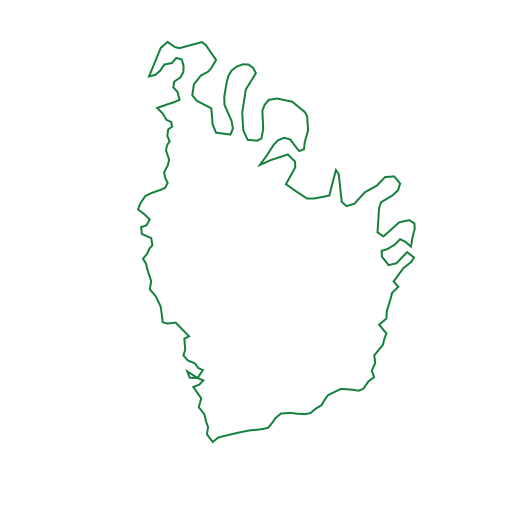 Vitória das Missões, Rio Grande do Sul, Brazil, rotated 16°
{"feature_id": "56859067B15655627874316", "entity_name": "Vitória das Missões", "entity_type": "district", "adm_level": 2, "iso_a3": "BRA", "parent_name": "Brazil", "parent_adm1": "Rio Grande do Sul", "projection": "robinson", "projection_center": [-54.476, -28.38], "detail": "fine", "context": "isolated", "style": "outline", "palette": "green", "viewbox_px": 512, "rotation_deg": 16, "n_neighbors": 0, "source": "geoboundaries", "source_scale": "gbopen_adm2", "svg_char_len": 2755}
<svg xmlns="http://www.w3.org/2000/svg" viewBox="0 0 512 512"><g transform="rotate(16 256 256)"><path d="M133.0,229.0L130.4,237.1L129.7,243.7L137.1,246.6L143.8,250.2L142.3,256.7L137.6,259.8L140.2,266.3L150.4,267.7L153.4,274.2L151.4,278.6L150.8,283.7L148.1,289.8L152.5,293.8L154.8,298.2L162.2,309.1L163.1,317.3L170.8,322.4L178.3,330.9L180.9,336.7L184.6,345.4L189.4,345.4L197.1,342.2L213.8,351.7L209.9,355.2L213.8,365.6L213.6,371.5L219.2,375.2L226.9,376.0L231.2,379.5L236.4,380.4L233.4,389.4L239.6,390.1L237.1,395.1L231.8,399.2L242.6,407.9L242.7,417.1L249.9,422.3L254.2,429.8L257.0,433.5L258.0,440.9L265.6,446.7L269.8,440.9L274.3,438.2L281.6,434.1L287.7,430.7L292.1,428.4L298.2,425.3L304.4,422.9L309.5,420.8L315.1,417.7L317.5,412.0L319.5,406.3L323.5,400.5L332.3,397.3L338.4,396.4L345.8,394.8L351.6,392.1L355.5,386.3L360.2,381.2L361.4,376.0L363.6,369.9L374.1,360.4L385.5,357.9L391.8,357.2L395.8,354.1L398.6,345.7L402.9,339.8L398.9,334.5L400.1,326.0L397.1,319.0L402.5,306.2L402.2,301.2L402.7,294.5L393.3,288.1L398.6,280.2L396.9,273.1L397.2,260.8L397.0,253.8L401.3,246.4L395.3,242.6L400.9,227.3L406.9,218.9L408.3,213.9L400.2,210.7L393.0,224.3L386.0,228.2L377.2,221.9L375.3,216.4L380.1,213.4L386.3,206.8L389.9,200.1L395.8,201.2L402.3,204.3L401.3,194.4L401.1,186.1L399.3,181.0L393.5,179.3L384.4,184.1L373.2,202.0L366.3,199.8L361.1,176.1L361.4,169.8L370.7,159.9L374.4,153.6L374.6,146.6L366.8,141.4L358.3,144.6L352.8,155.0L343.2,164.6L336.1,178.7L329.3,183.1L323.5,180.3L312.9,154.5L309.1,151.4L309.8,177.7L296.6,184.5L289.3,186.7L276.7,182.8L265.0,178.7L269.3,159.9L267.5,154.5L258.6,149.6L243.8,159.7L234.6,167.4L238.7,156.4L242.2,144.6L245.0,139.0L250.5,134.6L256.6,134.5L268.4,143.2L272.7,140.2L271.5,133.2L271.4,120.7L266.6,107.6L263.5,104.3L248.2,97.7L232.9,98.8L225.2,102.4L222.6,108.4L222.1,114.6L227.9,131.9L228.9,141.6L225.2,144.9L215.9,146.6L209.2,138.7L203.3,122.3L200.3,98.8L205.5,80.3L201.3,75.9L196.0,74.0L190.5,75.4L185.3,79.2L181.3,84.7L179.9,90.3L179.9,96.7L181.6,111.7L184.0,119.3L195.4,133.1L198.7,140.0L198.0,146.3L183.6,148.5L178.0,141.4L172.4,126.4L156.2,123.1L150.4,119.0L149.0,108.1L153.4,97.5L158.9,92.3L161.1,88.2L163.6,78.6L149.4,66.9L145.0,65.3L125.1,77.3L120.4,77.5L112.0,74.6L107.1,82.2L103.7,112.9L109.5,109.5L112.8,104.2L115.1,97.2L122.0,93.7L124.8,87.6L130.6,87.6L134.1,93.6L135.5,99.3L134.1,105.1L129.2,111.1L130.1,116.8L135.2,119.8L139.5,126.9L134.1,131.3L129.5,134.3L124.2,138.1L120.2,140.9L127.3,144.9L132.3,149.8L137.4,150.5L139.7,154.7L136.7,158.6L137.7,165.1L141.4,169.5L139.9,174.2L140.4,179.3L143.0,183.1L146.0,187.4L146.2,193.2L144.6,201.0L147.6,206.6L150.9,209.9L149.9,215.5L144.8,219.6L138.1,224.3L133.0,229.0ZM233.4,389.4L221.7,385.8L225.9,391.3L233.4,389.4Z" fill="none" stroke="#15803d" stroke-width="2"/></g></svg>